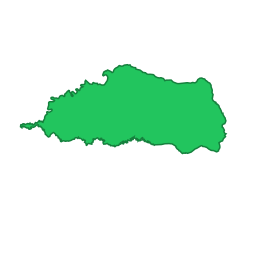 the district of Pore, Casanare, Colombia, rotated 151°
{"feature_id": "7082276B49773009508333", "entity_name": "Pore", "entity_type": "district", "adm_level": 2, "iso_a3": "COL", "parent_name": "Colombia", "parent_adm1": "Casanare", "projection": "albers", "projection_center": [-71.878, 5.684], "detail": "fine", "context": "isolated", "style": "filled", "palette": "green", "viewbox_px": 256, "rotation_deg": 151, "n_neighbors": 0, "source": "geoboundaries", "source_scale": "gbopen_adm2", "svg_char_len": 5985}
<svg xmlns="http://www.w3.org/2000/svg" viewBox="0 0 256 256"><g transform="rotate(151 128 128)"><path d="M100.8,184.8L102.6,184.7L103.2,185.0L103.9,185.3L105.2,186.7L105.8,186.8L107.7,186.2L109.1,186.4L110.7,186.2L112.1,185.6L113.8,184.2L114.8,184.1L115.3,184.5L115.5,185.5L117.7,188.6L118.3,188.6L119.1,188.3L119.9,188.8L122.0,188.7L124.2,186.8L124.5,186.1L124.1,185.5L122.5,185.6L121.3,185.0L120.9,183.2L121.2,181.8L123.0,179.6L127.1,177.5L128.2,177.3L130.2,178.3L131.3,180.0L133.3,180.6L133.5,181.4L133.2,181.9L135.5,183.3L135.7,183.8L136.2,184.0L136.2,184.4L136.8,184.5L136.9,184.2L138.1,183.6L140.1,185.0L141.9,190.2L142.9,189.7L143.9,187.9L144.6,187.4L145.5,187.4L147.7,188.5L148.3,188.5L148.8,188.1L148.8,187.7L147.5,185.9L150.3,186.0L152.0,184.4L152.6,184.4L153.0,184.8L153.0,186.0L153.6,187.0L154.9,187.1L155.1,186.6L154.6,184.7L155.5,183.7L156.6,183.3L157.5,183.5L158.6,186.6L159.2,186.8L160.1,186.6L160.9,185.7L160.3,183.4L160.5,182.8L161.1,182.5L161.6,182.8L161.9,183.9L161.4,185.0L161.3,186.4L161.6,187.7L161.2,189.1L161.6,189.6L162.2,189.6L162.7,189.2L163.4,189.4L164.9,188.6L166.3,188.5L167.3,187.8L167.5,187.1L168.2,186.4L169.0,186.9L169.2,188.0L170.7,188.8L172.2,188.8L173.9,187.7L174.9,187.6L175.9,188.8L178.1,190.0L178.7,191.3L180.2,191.9L180.9,191.6L181.1,190.8L180.1,189.2L179.0,188.3L178.9,187.6L179.5,187.3L180.8,187.3L183.7,188.9L184.7,188.9L185.2,188.5L186.3,186.4L189.0,183.7L188.9,182.9L188.4,182.4L185.7,181.5L185.5,181.1L186.0,180.2L186.6,179.9L189.2,179.9L190.7,181.4L191.1,181.4L191.7,180.7L191.8,179.4L194.0,179.1L195.6,177.9L196.5,176.5L198.2,175.5L199.7,174.2L200.2,174.8L200.0,175.5L200.7,176.0L201.2,176.0L201.8,177.1L202.2,176.7L202.4,177.4L205.1,176.4L205.5,177.0L206.1,177.1L206.2,177.5L207.0,177.3L208.0,176.5L209.5,176.6L210.0,177.1L209.5,177.8L211.2,178.7L211.3,179.7L212.1,179.2L212.4,179.8L213.2,180.0L213.5,180.5L216.5,180.9L217.0,181.7L216.9,182.1L217.9,182.6L219.1,182.2L219.9,182.8L220.3,182.7L221.4,181.2L220.7,179.6L219.9,180.5L219.0,180.4L218.9,179.9L218.5,180.1L216.5,177.1L215.1,176.2L215.2,175.0L214.3,174.5L212.8,174.4L212.9,175.6L212.2,175.9L210.3,174.4L208.5,174.4L207.2,174.9L206.3,174.8L204.9,174.3L204.8,174.0L205.7,173.3L205.5,172.5L203.7,171.9L203.9,171.4L203.3,170.5L203.2,169.6L203.5,168.7L203.1,167.8L202.5,167.9L202.3,167.6L203.1,167.2L202.3,166.6L202.8,166.1L202.7,164.0L203.3,162.9L203.3,162.3L202.9,161.9L202.3,159.4L201.9,158.7L200.5,158.5L199.7,159.3L198.6,159.9L195.9,160.3L195.2,160.1L194.4,157.8L194.7,156.5L193.9,156.1L193.2,154.5L193.8,153.3L193.0,152.5L193.2,151.6L192.1,150.6L192.2,149.9L193.0,150.2L193.3,149.8L193.4,148.9L193.0,148.4L190.8,148.3L189.1,146.7L187.3,146.1L186.3,145.3L184.1,144.8L181.8,144.8L180.3,144.2L180.1,144.6L178.6,145.0L177.6,144.4L177.0,143.3L175.8,144.0L175.7,142.6L174.5,141.9L173.8,140.4L173.8,139.4L172.5,139.5L172.5,138.6L171.8,138.4L171.5,138.0L171.5,137.5L172.9,136.6L172.3,135.3L172.4,134.0L172.8,133.5L172.7,133.0L172.0,133.0L171.1,133.7L170.0,133.6L167.5,131.4L167.2,131.5L167.1,132.5L166.0,132.9L165.3,132.7L165.0,133.5L164.1,133.9L163.9,134.2L164.1,135.1L163.8,135.3L163.0,135.1L162.3,134.0L161.5,134.3L159.5,134.2L159.2,133.9L159.1,132.5L158.2,131.7L158.5,131.4L158.4,131.1L157.8,130.8L157.5,131.1L157.6,131.9L157.3,132.2L156.4,132.0L156.1,131.7L156.5,130.3L155.8,130.0L156.2,129.5L156.0,129.1L155.6,129.0L155.2,129.4L154.8,129.2L154.6,128.2L154.8,128.0L156.3,128.1L157.0,127.1L157.1,125.7L155.4,124.9L153.7,124.6L152.9,122.7L151.8,122.1L151.9,121.0L150.6,120.4L149.9,119.6L148.7,119.4L149.0,118.8L148.5,118.0L146.7,118.3L144.5,117.3L143.5,118.0L142.6,117.6L142.2,118.4L141.5,118.7L141.0,118.2L140.9,117.3L140.5,117.3L139.7,116.3L139.4,116.4L139.9,117.4L139.4,118.2L139.5,118.9L139.0,118.8L138.3,118.6L138.4,118.1L138.7,118.0L138.4,117.3L137.5,117.1L136.7,117.8L136.1,117.6L136.1,117.2L137.0,116.5L136.5,115.7L135.4,115.5L135.1,116.3L133.9,117.5L133.0,116.3L131.6,115.3L130.8,115.6L131.4,116.4L131.1,117.4L130.7,117.3L129.6,115.7L129.1,115.5L128.5,115.9L129.5,116.9L129.2,117.5L128.8,117.5L128.8,117.2L127.8,116.8L127.7,117.2L127.1,117.3L128.0,116.4L127.2,116.2L126.4,114.8L126.5,114.4L125.6,114.8L125.1,114.0L126.0,113.0L125.2,112.3L125.5,111.7L125.1,111.8L124.4,112.7L124.2,112.6L124.4,111.9L123.9,111.5L123.8,111.0L122.6,111.0L122.7,111.6L121.6,112.4L120.1,112.6L119.9,112.0L121.1,110.8L120.8,110.3L120.0,110.6L119.3,110.1L119.5,109.7L119.9,109.7L120.1,108.4L119.0,108.4L118.9,107.2L117.9,106.7L118.1,106.1L117.1,105.2L117.4,106.1L117.0,106.9L116.3,106.1L116.3,105.2L115.7,104.9L115.7,103.0L115.2,102.7L114.9,101.8L113.9,101.8L113.9,101.2L113.4,100.8L113.4,100.2L112.5,100.2L106.7,97.3L103.5,96.4L99.7,94.5L97.1,92.7L95.0,88.9L95.4,87.7L95.1,85.8L94.4,84.5L94.4,83.3L93.7,82.6L93.1,80.1L92.6,79.2L91.7,79.2L90.0,78.1L89.5,78.3L88.2,77.0L84.5,76.3L79.1,77.2L77.9,76.9L73.0,77.1L72.2,76.8L71.9,76.7L71.6,75.6L70.2,74.7L68.5,72.8L67.6,70.5L66.1,68.1L63.9,66.6L62.3,64.4L61.8,64.1L59.9,64.1L59.3,65.1L58.1,65.5L56.9,66.7L56.2,68.4L55.6,71.0L53.2,71.2L51.6,70.9L49.7,72.4L46.9,73.2L47.0,74.7L45.1,75.4L45.7,76.0L46.0,77.0L45.8,78.5L44.8,79.3L44.7,82.1L45.2,83.2L44.7,83.7L44.4,84.6L44.1,84.9L42.7,85.2L41.3,84.9L39.5,86.2L38.8,87.1L38.7,88.2L38.2,89.7L38.4,90.8L38.4,93.7L37.8,94.9L38.6,95.4L38.6,96.1L38.2,97.5L38.0,100.3L38.2,101.3L37.7,103.6L38.3,105.6L38.7,105.6L39.4,107.5L38.7,107.8L40.0,109.7L40.4,111.1L39.9,113.2L38.8,114.2L38.4,115.1L37.5,115.7L37.3,118.5L36.3,119.6L35.8,120.9L35.4,123.6L34.6,125.2L34.7,127.6L36.0,129.5L36.4,131.1L37.0,131.8L37.2,133.7L38.5,134.8L39.2,135.9L41.0,136.7L43.4,136.5L45.6,135.1L47.6,135.0L49.4,136.5L51.6,136.9L54.3,138.9L62.1,142.2L63.5,143.1L66.2,146.3L67.0,149.0L71.6,151.4L72.8,151.5L73.0,154.0L74.8,156.0L76.4,156.6L77.9,157.9L79.3,159.9L79.5,161.3L80.1,162.5L82.5,164.2L84.6,165.3L85.4,166.3L85.9,167.8L86.6,168.2L87.1,168.9L88.3,169.5L88.3,170.4L89.4,172.8L92.5,175.6L92.1,177.1L93.8,178.2L94.4,179.2L95.5,180.1L95.6,182.2L97.0,182.6L97.7,183.6L100.8,184.8Z" fill="#22c55e" stroke="#15803d" stroke-width="1.5"/></g></svg>